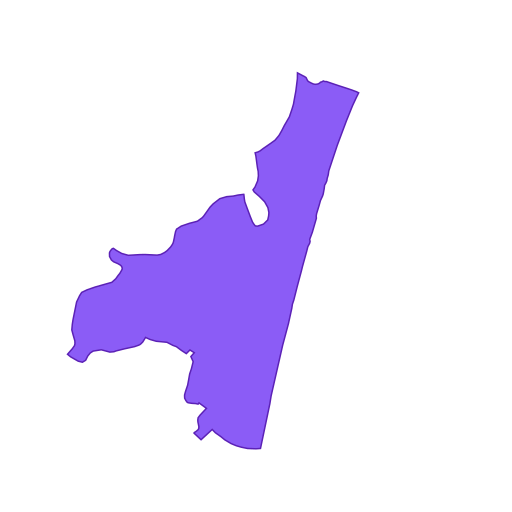 outline of Ngu Hanh Son, Đà Nẵng, Vietnam, rotated 37°
{"feature_id": "81297802B96824977906351", "entity_name": "Ngu Hanh Son", "entity_type": "district", "adm_level": 2, "iso_a3": "VNM", "parent_name": "Vietnam", "parent_adm1": "Đà Nẵng", "projection": "natural_earth1", "projection_center": [108.243, 16.007], "detail": "fine", "context": "isolated", "style": "filled", "palette": "violet", "viewbox_px": 512, "rotation_deg": 37, "n_neighbors": 0, "source": "geoboundaries", "source_scale": "gbopen_adm2", "svg_char_len": 3317}
<svg xmlns="http://www.w3.org/2000/svg" viewBox="0 0 512 512"><g transform="rotate(37 256 256)"><path d="M138.7,390.0L139.0,393.8L140.4,400.7L148.2,417.0L150.4,421.1L153.4,425.9L153.8,426.2L157.1,428.8L162.4,432.8L164.2,435.0L165.0,436.9L165.1,440.7L164.6,447.9L168.6,448.1L177.3,447.0L181.3,445.3L182.7,441.8L181.8,437.0L182.0,433.1L183.2,429.9L188.9,424.0L197.1,420.7L200.2,417.9L201.3,416.1L206.8,409.3L213.6,401.4L216.0,397.8L216.6,396.6L216.9,395.6L217.1,394.3L217.3,392.7L216.8,387.5L221.7,386.4L227.7,384.1L236.8,378.5L243.4,377.4L247.0,376.3L253.0,376.3L259.1,375.9L259.8,370.8L262.3,370.6L264.9,370.4L264.5,375.5L269.4,378.2L272.3,385.0L274.0,390.1L276.5,395.0L279.1,400.2L281.2,406.5L282.6,410.0L283.6,411.3L284.6,412.5L286.9,413.6L288.8,414.2L290.0,414.1L293.4,412.3L296.4,410.3L298.9,409.1L298.9,407.6L299.0,407.6L308.1,407.5L307.7,411.1L307.1,416.7L307.1,420.0L308.2,422.0L309.5,423.5L313.1,426.7L314.0,428.1L314.3,429.4L313.8,431.9L313.1,433.8L313.0,434.7L314.2,434.9L322.7,435.8L325.4,420.9L329.9,421.6L337.0,421.4L341.7,421.6L349.0,420.8L354.4,419.4L359.4,417.5L365.1,414.8L372.0,410.0L375.4,407.0L356.0,365.7L352.3,358.7L330.9,311.0L322.7,290.7L316.1,276.3L314.1,272.6L312.7,268.4L307.3,255.6L301.2,240.5L299.4,236.3L297.9,232.5L293.6,221.6L291.8,217.4L291.2,213.6L290.4,211.8L288.9,210.4L288.7,209.8L286.7,203.1L281.5,189.5L280.0,187.8L278.9,185.7L276.1,178.0L274.1,172.9L273.1,168.2L272.4,166.1L269.9,161.1L268.2,158.2L267.9,155.8L267.3,153.3L266.1,151.1L264.9,147.8L262.9,144.2L258.6,131.5L254.2,118.4L246.8,93.4L242.6,77.7L240.7,68.7L239.8,63.9L237.5,64.3L234.2,65.3L232.8,65.7L228.0,67.3L219.9,70.1L211.5,72.9L207.2,74.3L206.7,74.7L206.2,75.1L205.8,75.3L205.5,75.4L204.4,75.7L204.1,76.5L203.4,77.9L203.1,78.1L202.9,78.3L202.8,78.8L202.8,79.3L202.7,79.8L202.4,80.4L202.1,81.0L201.6,81.7L200.7,82.6L200.4,82.9L199.7,83.4L199.1,83.7L198.8,83.9L197.9,84.2L196.1,84.6L193.7,85.0L192.8,85.1L192.2,85.0L191.6,84.9L189.8,84.0L189.1,83.6L188.6,83.4L188.2,83.4L187.8,83.4L186.9,83.5L178.9,84.8L182.4,89.6L188.5,100.2L191.7,106.6L194.5,112.1L195.7,115.3L196.4,117.2L198.9,124.8L200.1,134.7L201.1,140.3L201.5,143.4L201.7,144.8L201.8,146.1L201.5,152.1L199.4,158.8L197.1,165.7L196.0,169.6L194.9,171.8L193.2,174.1L195.8,176.3L201.7,182.3L204.2,184.8L206.8,187.1L209.7,190.6L212.1,195.0L213.7,201.5L213.8,205.0L216.0,205.9L222.8,206.4L230.3,207.5L236.4,210.2L240.2,213.6L242.0,216.5L243.7,220.2L243.3,222.5L243.2,223.4L242.8,226.0L239.3,231.2L237.5,232.3L237.2,232.4L235.0,231.8L232.8,231.0L228.1,228.2L220.7,223.5L214.5,219.5L212.4,217.5L209.2,214.1L208.9,214.3L204.9,218.2L201.7,221.9L196.9,226.2L192.6,232.0L190.4,240.2L189.9,244.7L190.2,255.6L190.0,257.8L189.1,260.7L188.3,263.4L186.7,265.5L183.2,269.9L178.3,277.1L176.4,282.3L177.0,284.8L179.0,289.1L179.8,290.6L181.6,294.5L182.1,296.1L182.3,298.0L182.4,300.1L181.8,305.2L180.9,308.2L179.0,312.1L176.5,314.8L166.5,321.6L162.4,324.8L153.6,332.3L147.2,334.8L141.2,335.6L137.5,335.7L136.8,336.7L136.7,337.6L136.6,338.9L136.7,340.4L137.1,341.7L138.1,343.0L139.4,344.6L141.4,345.5L142.9,346.2L145.8,346.3L150.4,345.2L153.3,344.9L154.0,345.0L154.9,345.2L155.4,345.5L156.1,345.9L157.0,346.9L157.3,348.6L157.7,351.9L157.6,354.4L157.7,358.6L156.7,363.8L153.4,368.1L146.2,377.6L141.5,384.6L138.7,390.0Z" fill="#8b5cf6" stroke="#5b21b6" stroke-width="1.5"/></g></svg>